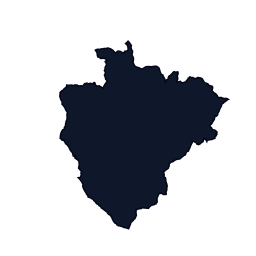 Sant, Bistrita-Nasaud, Romania, rotated 217°
{"feature_id": "2599482B92679946277373", "entity_name": "Sant", "entity_type": "district", "adm_level": 2, "iso_a3": "ROU", "parent_name": "Romania", "parent_adm1": "Bistrita-Nasaud", "projection": "equal_earth", "projection_center": [24.977, 47.501], "detail": "fine", "context": "isolated", "style": "filled", "palette": "ink", "viewbox_px": 256, "rotation_deg": 217, "n_neighbors": 0, "source": "geoboundaries", "source_scale": "gbopen_adm2", "svg_char_len": 5818}
<svg xmlns="http://www.w3.org/2000/svg" viewBox="0 0 256 256"><g transform="rotate(217 128 128)"><path d="M102.9,210.1L103.2,208.7L104.6,207.6L106.5,207.4L107.7,206.5L108.1,206.3L108.8,206.3L109.6,205.8L109.4,205.1L109.6,204.2L109.9,204.0L109.5,202.9L109.4,201.8L109.9,201.3L109.4,200.3L109.8,199.5L111.3,197.2L112.6,196.5L114.4,196.7L115.6,194.9L116.5,194.2L117.0,194.0L117.1,195.2L117.9,197.4L118.9,198.1L119.6,199.1L120.4,199.4L120.3,200.5L120.6,201.0L120.6,201.5L121.9,202.8L122.6,202.4L122.8,201.6L125.2,200.6L125.5,199.2L125.5,198.0L125.8,196.7L125.9,195.4L126.4,194.3L126.5,193.8L126.2,192.5L125.4,191.4L125.3,190.9L125.7,190.5L126.4,189.2L125.9,187.4L127.7,188.4L128.0,189.1L130.0,190.2L131.4,190.2L131.8,191.3L134.2,190.8L134.7,191.5L135.6,191.8L138.3,193.9L139.4,194.5L140.1,194.7L142.1,194.5L142.8,194.2L144.6,192.7L145.9,191.2L148.8,189.3L150.6,187.7L152.2,183.5L154.0,182.9L155.3,182.8L158.2,181.7L159.9,181.6L162.5,182.8L163.6,183.6L164.4,185.3L165.6,187.0L167.3,188.1L168.9,188.8L169.9,191.1L170.8,192.3L171.3,192.2L172.7,193.1L174.1,194.2L174.6,195.0L174.9,195.9L178.1,197.0L180.2,197.4L180.2,196.7L180.5,195.5L180.7,193.9L180.0,194.0L178.2,193.6L176.8,192.6L175.4,191.2L175.0,190.1L175.1,189.2L175.6,188.4L176.8,187.4L176.4,185.5L177.5,184.9L180.2,184.6L182.2,183.5L182.7,182.6L182.6,181.9L182.7,180.6L184.6,180.5L187.0,181.0L187.7,180.9L189.9,180.7L192.5,179.6L192.7,179.4L192.8,178.9L193.1,178.5L194.9,177.2L196.0,175.8L197.2,174.9L197.2,174.5L197.7,173.9L199.7,172.6L201.0,170.7L200.7,170.3L199.1,170.0L198.4,169.7L196.9,168.4L196.2,167.5L194.8,166.6L193.7,167.1L191.8,167.1L191.1,167.4L190.2,168.5L188.8,169.3L187.6,169.6L185.2,169.7L185.3,169.2L186.1,168.2L186.3,167.4L185.2,166.8L184.8,166.9L183.4,166.0L182.8,162.7L181.7,161.1L181.4,159.6L179.5,158.9L178.9,157.5L178.7,156.1L178.4,155.8L177.1,155.2L175.2,153.5L172.9,153.2L172.6,148.1L171.9,144.3L173.3,144.6L174.3,144.6L174.7,144.4L175.2,144.3L176.2,144.5L177.5,143.2L179.2,142.7L180.3,142.9L181.3,144.0L182.2,144.1L182.5,143.8L182.7,143.0L182.2,142.1L183.3,141.6L184.1,141.5L185.4,140.7L185.6,140.0L185.9,139.6L187.7,139.2L188.3,138.4L189.1,137.7L189.4,136.9L189.3,134.7L189.6,134.1L190.9,133.6L191.5,132.8L192.6,132.0L194.3,131.7L195.3,131.2L196.4,130.4L196.6,129.4L198.8,128.4L201.4,126.2L202.8,125.4L201.9,124.0L202.7,120.2L202.6,119.8L202.7,118.6L203.3,117.9L203.6,115.4L202.8,114.4L201.6,112.3L198.5,110.1L196.7,109.5L196.0,108.8L194.9,107.2L193.1,107.1L192.1,106.6L190.8,106.3L188.3,104.8L187.1,104.6L186.5,104.2L186.0,104.2L185.4,103.7L185.3,102.9L185.1,102.3L184.6,101.9L184.2,101.1L183.1,100.0L182.4,98.8L181.8,98.3L181.8,98.0L181.7,97.9L181.7,97.0L181.2,96.2L181.3,95.7L180.8,95.0L180.7,94.4L179.1,91.7L179.2,90.3L178.7,89.4L178.3,88.4L178.5,87.7L179.1,87.2L178.8,86.3L179.0,85.5L178.7,85.0L178.6,84.0L177.7,81.8L176.5,79.8L176.3,79.8L176.0,79.0L175.2,79.0L173.7,78.6L171.2,79.4L168.3,77.9L166.1,78.0L165.4,77.6L163.7,77.2L162.1,76.2L159.7,75.2L158.3,75.0L157.3,74.7L154.9,72.7L154.1,72.9L153.5,73.7L152.6,73.9L152.4,73.8L152.6,72.4L152.3,72.1L149.4,72.2L147.8,72.1L146.2,71.1L145.8,70.3L144.8,69.3L143.4,66.3L143.1,66.1L142.6,66.4L141.8,65.8L140.0,65.6L139.2,65.3L138.4,63.6L137.1,62.5L136.7,61.0L136.2,59.9L136.6,59.4L137.2,59.1L137.8,58.3L136.2,58.2L132.3,57.0L129.3,55.5L129.5,54.7L127.6,53.1L123.7,51.3L122.7,51.1L121.1,50.1L119.8,50.1L119.4,49.6L118.5,49.2L118.3,48.9L115.9,49.7L114.6,49.7L113.6,50.0L112.5,49.9L111.4,49.4L110.0,49.5L108.5,48.9L107.3,48.7L105.9,49.0L103.9,48.5L103.3,49.0L103.0,49.0L101.0,48.1L100.0,48.3L96.3,48.2L94.3,48.3L93.3,47.8L91.7,47.4L90.1,47.6L89.5,47.9L89.1,47.4L88.2,47.4L87.9,47.1L86.3,46.3L85.7,45.9L83.0,44.6L82.4,44.6L81.3,44.2L80.3,44.5L79.0,44.4L78.6,44.0L77.8,44.2L76.8,44.1L75.2,45.2L74.6,45.2L73.6,45.7L71.4,46.1L69.3,47.2L66.9,47.9L68.2,52.8L68.6,53.7L68.7,55.0L68.2,57.0L68.4,58.5L68.2,59.0L67.9,59.4L68.7,63.2L69.6,64.0L69.8,64.4L70.6,65.0L71.7,66.7L72.1,66.8L71.8,68.5L70.6,70.1L69.1,71.5L68.5,72.9L63.3,76.2L63.3,78.4L62.9,79.9L62.2,81.1L61.1,82.3L60.6,83.7L60.0,84.1L60.3,85.9L60.1,86.3L62.6,89.4L63.5,93.0L63.6,94.5L61.7,96.2L61.2,96.3L60.7,96.1L59.7,96.2L57.6,97.9L58.0,98.6L59.0,99.6L59.8,102.0L60.5,102.7L61.7,105.1L63.2,106.5L66.1,108.5L66.9,109.7L68.2,110.8L69.9,110.7L71.0,112.5L73.2,114.4L72.7,115.7L73.0,116.4L73.0,116.8L72.4,117.3L71.6,120.2L72.1,121.3L72.1,122.1L72.9,123.1L73.4,124.4L73.5,125.0L73.2,125.6L73.2,126.5L72.3,127.5L72.1,128.0L71.7,128.4L71.6,128.7L71.6,129.6L70.2,132.3L68.0,134.5L67.3,137.8L66.9,139.0L66.9,139.7L66.1,140.9L66.2,141.7L66.7,142.9L66.8,143.9L66.6,144.9L66.3,145.5L65.9,145.8L65.9,146.2L66.4,147.6L66.7,149.8L67.3,150.6L67.2,151.1L68.0,154.6L67.8,154.9L68.1,155.5L69.0,156.3L68.5,156.6L67.5,156.9L66.2,156.9L65.4,157.6L63.4,156.6L62.9,156.7L62.7,157.1L62.2,157.3L61.8,157.1L61.1,158.1L60.7,159.2L60.7,160.0L60.5,160.7L59.9,161.9L60.0,162.8L60.4,163.3L61.0,165.6L59.8,165.3L59.7,165.5L59.3,165.5L58.6,165.4L56.9,164.6L57.4,165.9L54.0,169.5L52.4,172.2L53.2,172.7L53.6,173.2L53.1,173.7L52.9,175.0L53.8,175.2L53.3,176.7L54.4,176.7L54.2,177.8L54.6,178.0L54.6,178.3L56.1,178.6L57.6,178.5L59.1,177.7L59.5,177.7L60.3,177.8L61.6,178.5L62.8,178.5L64.0,178.7L64.1,180.1L64.0,180.8L63.7,181.1L63.8,182.5L64.0,183.3L64.2,186.7L65.5,189.5L65.5,189.9L64.6,190.5L64.5,190.8L64.4,192.0L64.4,192.6L64.9,193.1L65.1,193.8L65.5,196.6L66.1,197.9L66.5,200.8L66.5,201.5L66.8,201.8L66.7,202.0L67.3,202.9L67.3,204.4L67.1,204.5L66.7,205.6L67.0,206.1L66.3,207.4L65.7,209.5L65.5,210.9L65.2,211.2L66.2,211.2L67.0,210.9L68.2,210.2L68.4,209.7L70.5,208.8L71.9,208.5L73.5,207.2L74.7,206.6L76.5,207.7L77.9,207.8L78.6,208.2L80.3,207.8L83.0,208.3L83.8,209.0L84.2,210.4L84.8,211.4L85.7,212.0L88.7,210.9L89.9,210.9L90.5,211.3L91.1,211.3L93.8,210.4L95.1,210.6L97.3,211.6L98.7,212.0L99.8,211.8L102.1,210.7L102.9,210.1Z" fill="#0f172a" stroke="#020617" stroke-width="1.5"/></g></svg>